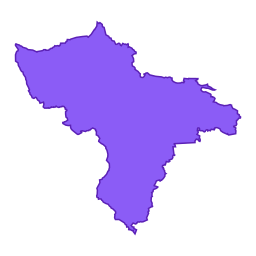 the district of Chom Bueng, Ratchaburi, Thailand
{"feature_id": "78962969B91114195507687", "entity_name": "Chom Bueng", "entity_type": "district", "adm_level": 2, "iso_a3": "THA", "parent_name": "Thailand", "parent_adm1": "Ratchaburi", "projection": "albers", "projection_center": [99.539, 13.612], "detail": "fine", "context": "isolated", "style": "filled", "palette": "violet", "viewbox_px": 256, "rotation_deg": 0, "n_neighbors": 0, "source": "geoboundaries", "source_scale": "gbopen_adm2", "svg_char_len": 5761}
<svg xmlns="http://www.w3.org/2000/svg" viewBox="0 0 256 256"><path d="M135.0,233.9L136.5,229.8L133.9,228.5L133.9,227.1L132.3,226.8L131.2,225.4L133.1,223.1L135.6,224.0L136.8,223.4L136.9,222.7L137.9,221.9L139.3,222.1L140.7,221.6L141.3,221.9L143.0,221.8L147.3,219.9L146.6,217.8L148.6,213.2L148.0,212.2L148.3,211.3L149.0,211.0L148.5,208.5L151.0,207.0L152.4,206.6L152.6,206.2L152.0,205.5L152.1,203.1L151.1,200.9L151.3,197.3L152.3,196.3L151.9,195.7L152.1,193.2L151.7,192.5L153.0,191.7L153.2,190.1L153.7,189.4L155.9,188.6L157.7,187.4L157.8,186.9L154.2,185.7L154.3,185.1L155.4,183.5L156.4,180.9L159.3,180.0L159.9,181.0L160.3,181.0L160.6,180.3L161.6,180.3L161.7,179.9L163.2,178.7L164.9,176.2L164.9,174.3L166.0,173.6L165.3,173.2L164.5,171.3L164.6,170.6L163.6,169.3L163.7,168.6L163.3,168.6L163.3,167.7L162.9,167.7L162.3,166.9L162.6,165.5L163.9,165.4L164.3,164.6L165.3,164.9L166.3,161.5L168.0,162.0L169.0,161.8L169.1,161.1L169.7,161.1L169.3,159.9L171.9,159.1L172.8,157.7L172.7,156.7L173.0,155.4L173.4,155.1L174.5,155.4L174.7,155.1L174.1,154.8L173.8,153.4L173.0,146.8L175.5,146.8L174.8,144.3L174.3,144.2L174.3,143.7L195.0,142.6L195.0,140.9L196.3,139.1L197.0,139.4L198.1,139.3L198.3,140.3L199.2,140.7L199.2,141.3L199.9,141.4L200.2,140.6L200.1,139.1L199.4,138.2L199.7,135.9L197.0,134.4L198.2,132.5L198.0,131.0L197.3,130.7L197.6,128.4L198.0,127.9L199.2,128.1L199.6,129.0L199.6,129.6L198.7,130.2L200.5,130.7L202.5,130.7L204.2,131.9L205.2,131.5L205.5,130.7L206.5,129.8L207.3,129.8L207.8,131.0L208.9,130.2L210.3,130.8L211.2,129.3L214.3,129.8L214.6,129.1L214.0,129.0L214.7,128.0L215.9,127.6L217.3,127.7L219.8,128.7L220.8,130.8L222.9,132.3L227.3,134.3L227.6,133.8L228.7,135.0L235.7,133.7L235.9,130.7L235.3,129.6L235.7,128.8L235.8,127.9L233.8,126.8L233.7,126.3L236.1,125.5L236.8,124.0L236.4,123.0L236.5,120.5L237.5,120.0L238.8,118.2L240.4,118.0L240.6,117.0L239.2,115.7L239.2,114.7L237.4,113.7L237.5,110.8L234.6,109.1L233.0,108.6L231.5,106.0L231.6,105.2L230.1,104.6L227.4,105.4L223.6,105.7L223.2,105.3L220.1,104.7L217.6,103.6L216.3,102.5L213.3,101.8L214.4,100.2L215.0,98.4L213.7,97.2L212.8,97.2L212.6,96.7L210.9,96.7L211.0,94.8L210.6,94.1L205.7,91.8L204.0,92.0L202.7,91.7L201.2,90.4L200.9,89.7L201.8,87.7L203.0,87.5L206.3,88.2L208.2,88.3L212.5,90.0L214.4,90.1L215.1,89.8L212.8,88.9L211.0,87.4L207.8,85.9L207.5,84.2L206.0,84.9L202.3,85.6L200.8,85.5L199.3,84.8L197.9,83.8L197.5,82.2L196.5,81.7L195.6,80.6L197.7,79.5L197.9,78.6L188.6,78.5L188.5,78.9L184.1,78.4L183.5,80.9L184.4,81.5L183.8,82.7L181.7,82.4L180.6,83.0L177.4,83.1L175.6,82.7L173.2,81.5L171.9,79.9L172.1,79.3L172.0,78.0L171.1,77.9L170.2,77.2L169.1,77.1L167.6,77.7L165.6,77.2L164.2,77.8L161.5,76.9L155.6,76.3L149.8,74.9L147.5,72.9L146.0,73.0L145.3,73.9L144.1,73.9L144.0,74.5L144.8,75.2L144.2,76.4L143.3,77.3L142.2,77.5L140.5,77.0L140.1,75.5L140.3,73.8L139.5,73.3L138.1,71.5L135.0,69.4L135.1,68.4L134.9,67.7L133.8,66.6L132.4,66.0L132.1,64.7L132.1,62.6L133.7,61.7L133.5,58.6L132.0,55.6L134.2,53.9L136.0,53.6L136.1,52.1L134.7,51.4L133.8,49.9L132.5,49.3L132.3,48.6L131.8,48.1L129.1,46.8L128.2,47.2L128.3,44.6L128.0,43.8L126.3,44.7L125.5,44.1L124.5,44.3L122.8,43.4L121.3,45.7L120.5,45.3L119.8,43.6L119.1,43.3L118.5,43.3L116.8,44.3L115.7,44.3L114.2,41.1L112.2,40.7L111.5,39.8L111.0,38.1L109.5,37.9L108.7,36.3L105.9,34.8L104.1,27.4L102.5,26.7L102.2,24.4L99.9,22.6L98.9,23.5L97.2,22.1L96.8,26.1L94.7,29.6L94.4,29.5L91.2,34.4L88.2,37.2L87.0,36.1L82.7,36.5L76.3,37.4L70.6,39.2L70.2,39.7L67.3,39.5L66.9,41.3L66.2,41.5L65.2,43.1L60.6,43.2L60.6,44.0L60.2,44.6L60.2,45.0L59.7,45.7L59.2,45.7L58.9,46.1L57.8,45.6L55.8,46.0L54.8,45.7L54.2,46.8L53.0,47.3L52.2,48.3L51.0,48.3L50.5,48.9L49.3,49.3L48.8,50.2L46.0,50.3L46.0,49.9L45.7,49.7L43.7,49.7L43.4,50.1L42.3,50.7L37.1,51.6L36.9,52.0L32.8,50.1L28.0,49.6L26.3,48.3L22.8,47.3L21.5,46.1L20.3,45.9L19.5,45.1L16.2,44.1L15.6,43.4L15.9,44.2L15.4,44.9L15.6,45.6L18.3,49.5L17.9,50.9L17.0,51.2L16.4,52.1L15.5,54.8L15.6,61.2L18.0,62.8L18.4,65.6L19.7,67.7L20.4,69.6L21.6,71.5L22.9,72.0L23.4,74.3L25.5,77.4L25.8,79.6L26.5,80.9L26.7,83.9L28.8,88.1L28.9,88.9L29.4,89.3L29.3,90.4L28.5,90.8L29.1,91.9L29.8,92.5L30.0,94.2L31.3,95.5L32.2,97.7L33.9,98.4L35.6,97.3L36.4,97.7L37.6,100.0L39.3,101.1L40.0,103.2L43.5,102.2L43.9,104.1L43.2,106.9L44.5,108.1L47.5,108.1L48.2,107.7L48.7,108.2L49.8,108.1L51.3,107.0L51.6,107.4L52.7,107.1L53.6,107.3L53.7,106.9L55.0,107.2L55.7,106.7L55.8,106.3L56.3,106.2L56.6,106.7L58.6,107.4L59.4,107.3L59.8,106.9L61.1,106.9L61.5,106.5L62.5,106.5L62.8,106.2L64.2,106.6L64.5,107.3L65.4,108.0L65.1,108.7L65.4,109.4L66.4,109.4L66.4,109.9L66.9,110.2L66.8,110.7L65.6,111.7L65.6,114.1L66.0,117.1L67.3,118.2L67.7,120.1L65.7,121.5L64.2,121.9L63.7,122.5L62.8,122.5L62.9,123.5L65.7,125.1L68.3,125.6L70.5,125.3L70.6,127.5L71.1,128.8L72.2,130.1L77.0,134.0L77.8,134.4L78.7,134.3L81.7,132.6L81.7,132.1L80.7,131.4L80.9,131.0L82.4,130.8L85.6,131.5L86.6,130.7L88.8,130.6L89.2,129.9L90.3,129.9L90.9,129.1L92.7,128.0L95.3,129.2L95.4,129.7L95.8,130.0L95.6,130.7L96.4,131.3L96.3,134.9L97.9,135.7L99.8,138.4L98.8,140.6L98.7,141.4L101.4,143.6L103.2,144.5L105.8,146.9L105.8,148.2L107.0,150.4L107.9,154.1L107.8,156.7L106.5,160.3L109.3,163.5L109.5,167.5L108.9,169.4L108.9,170.5L108.0,171.1L106.6,174.2L103.8,177.3L102.5,178.0L102.0,179.3L99.6,179.9L99.9,182.4L99.6,183.3L96.9,188.3L97.4,190.2L97.2,194.2L96.7,195.8L96.9,197.0L97.1,197.4L98.3,197.7L98.5,199.2L99.7,198.9L101.2,199.1L101.7,200.2L102.5,200.7L103.3,202.1L105.9,203.5L108.3,204.3L109.4,206.0L110.8,207.1L111.1,208.0L112.9,208.9L115.5,211.5L115.7,213.1L114.7,214.6L114.9,215.7L114.6,217.2L114.7,218.0L115.4,219.5L119.1,219.5L124.5,222.9L125.3,224.5L126.5,225.0L126.7,227.0L127.9,226.8L128.7,228.0L128.9,228.5L128.7,229.6L129.2,229.8L129.8,229.4L131.8,230.5L133.2,230.5L133.1,231.4L135.0,233.9Z" fill="#8b5cf6" stroke="#5b21b6" stroke-width="1.5"/></svg>